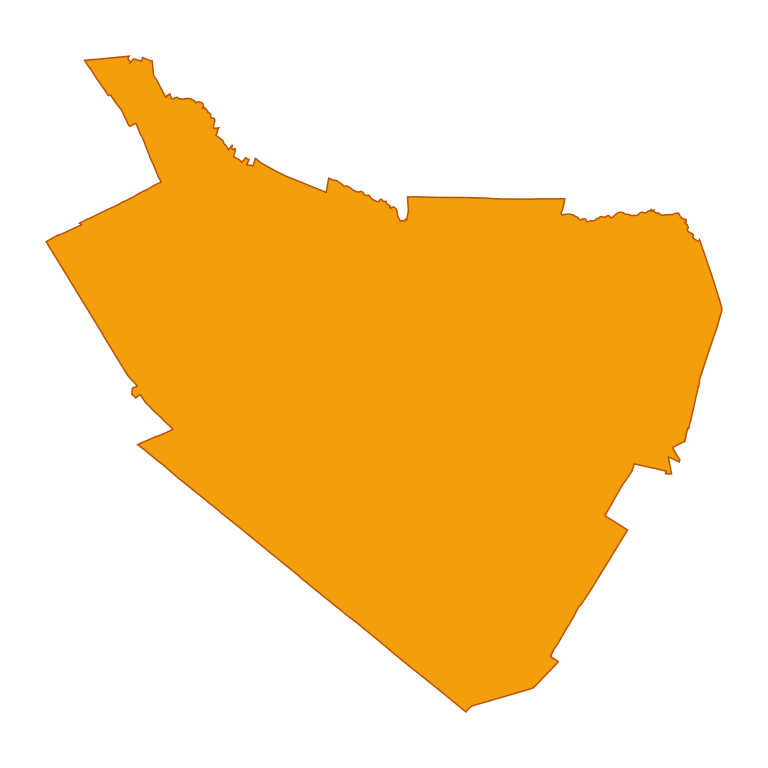 Baicoi, Prahova, Romania
{"feature_id": "2599482B49235084431710", "entity_name": "Baicoi", "entity_type": "district", "adm_level": 2, "iso_a3": "ROU", "parent_name": "Romania", "parent_adm1": "Prahova", "projection": "orthographic", "projection_center": [25.87, 45.034], "detail": "fine", "context": "isolated", "style": "filled", "palette": "amber", "viewbox_px": 768, "rotation_deg": 0, "n_neighbors": 0, "source": "geoboundaries", "source_scale": "gbopen_adm2", "svg_char_len": 6022}
<svg xmlns="http://www.w3.org/2000/svg" viewBox="0 0 768 768"><path d="M466.0,711.9L467.8,709.5L470.1,707.3L472.3,706.0L474.8,705.1L518.5,692.4L530.6,688.8L532.6,688.0L533.7,687.4L535.2,686.1L557.2,663.0L558.3,661.6L550.6,656.6L551.5,654.1L553.4,650.6L553.6,649.9L554.1,649.0L557.7,643.9L567.6,626.8L569.3,624.7L570.9,621.3L573.8,616.5L577.8,608.6L579.0,606.7L580.9,604.7L589.2,592.6L627.6,530.0L606.4,516.7L605.0,515.6L621.2,487.0L632.0,471.1L634.3,463.9L666.2,471.1L665.5,473.7L669.6,474.1L671.6,473.8L668.3,457.2L668.9,457.2L679.4,461.9L679.8,459.7L677.0,455.7L672.6,447.5L682.3,442.5L684.7,441.7L687.6,428.3L688.7,428.6L690.1,421.9L690.4,421.9L697.9,388.7L698.0,387.5L697.9,387.0L698.5,387.2L699.5,383.0L699.5,382.0L699.2,381.1L699.3,380.5L709.5,349.1L716.4,329.3L721.7,310.9L721.9,309.3L721.8,308.0L720.5,303.2L712.7,278.1L699.5,239.5L698.6,240.9L698.1,241.1L696.9,240.6L693.1,238.0L692.8,237.6L692.8,236.9L693.4,235.4L693.1,234.5L692.4,233.8L689.8,232.5L688.5,231.7L687.7,230.9L687.4,230.4L687.1,229.2L688.0,228.2L688.2,227.1L688.1,226.4L687.4,225.8L687.2,224.8L686.9,224.4L685.5,223.6L685.0,223.1L685.0,222.5L685.2,222.3L686.1,222.2L686.2,219.7L682.0,218.3L680.2,216.2L678.7,213.3L678.3,213.1L676.0,213.2L674.9,213.5L672.6,214.6L670.4,214.4L667.3,214.8L665.5,214.7L664.2,215.0L661.8,215.3L660.5,214.6L659.4,213.5L658.0,213.0L655.3,212.7L654.8,212.3L654.5,211.8L654.1,210.2L653.8,210.0L653.1,210.4L652.4,211.4L651.7,211.4L651.7,211.2L651.9,210.2L651.7,209.7L651.3,209.4L651.0,209.5L650.9,210.2L650.5,210.7L648.5,210.8L646.1,212.8L645.1,212.9L642.3,212.2L641.1,212.3L639.5,213.2L637.6,215.0L637.1,215.3L636.0,215.5L633.7,215.3L631.9,215.8L627.9,214.2L625.6,214.3L623.0,212.7L621.9,212.4L619.8,212.1L617.5,213.1L614.9,215.0L612.7,217.2L611.5,217.7L610.6,217.5L609.5,216.2L608.8,215.7L608.3,215.6L606.5,216.1L605.1,217.0L603.9,217.3L603.3,217.3L602.0,216.6L600.7,216.6L599.8,217.1L598.8,218.1L597.1,218.5L596.4,218.9L594.4,220.6L593.5,220.8L590.7,220.7L587.9,221.7L586.9,221.4L586.6,221.1L586.4,220.8L585.9,219.2L585.3,218.9L582.9,218.9L580.8,220.1L580.3,220.0L579.2,219.3L577.4,217.2L574.4,215.8L573.7,215.1L572.6,214.7L570.1,214.2L568.7,214.1L564.9,214.4L561.7,214.9L561.3,214.3L561.3,212.7L562.4,210.0L564.3,202.2L564.8,198.8L537.4,198.8L532.3,199.1L501.6,199.0L493.1,198.7L487.2,198.1L463.9,197.5L437.2,197.4L414.8,196.8L407.6,197.0L407.6,198.8L408.0,203.5L408.3,210.8L408.1,212.7L407.5,215.3L406.8,219.6L406.2,219.6L405.7,219.2L405.3,219.3L405.1,219.7L405.2,220.7L404.8,221.0L401.7,220.7L400.2,221.1L399.8,220.8L399.7,219.5L398.2,217.4L397.8,215.3L397.3,214.0L396.8,210.5L396.4,209.4L395.2,208.1L393.5,206.9L392.6,207.0L390.9,208.2L390.2,208.0L389.9,207.8L390.4,206.7L390.3,206.3L388.8,205.0L387.0,203.9L386.2,202.4L386.2,201.4L383.5,201.4L382.8,200.9L381.9,199.4L381.1,199.2L380.4,199.4L379.0,201.4L377.3,201.6L375.7,201.0L373.6,199.8L372.6,199.6L371.6,198.4L370.5,198.1L370.3,197.9L370.1,196.6L369.8,195.9L369.1,195.3L368.4,195.2L366.8,195.5L365.1,195.1L364.4,194.6L362.4,191.9L362.0,191.6L360.8,191.5L359.3,191.9L357.5,192.0L353.0,190.0L352.2,189.3L349.7,187.4L347.2,186.0L344.6,186.4L339.1,182.1L336.6,180.6L332.7,179.9L328.7,178.1L326.2,192.4L286.4,176.3L278.9,172.7L272.1,169.1L260.5,162.6L256.1,158.8L255.1,158.5L254.6,160.7L253.0,165.6L252.3,165.9L250.3,165.1L247.9,165.1L246.8,164.7L249.1,159.7L245.5,157.7L244.1,159.9L243.2,160.4L241.7,162.2L238.9,159.4L233.6,156.6L234.0,154.5L235.5,150.5L235.3,149.1L235.0,148.6L234.5,148.6L233.4,149.5L232.5,149.4L232.1,149.0L232.0,148.7L231.9,147.5L232.0,146.5L232.3,145.5L232.1,145.4L231.5,146.0L229.7,148.5L228.5,149.9L227.7,148.2L225.8,145.3L224.0,143.7L223.6,142.8L223.4,141.4L222.9,140.7L219.7,138.1L215.9,135.6L217.0,133.3L217.5,130.7L218.9,127.7L218.3,127.7L216.2,128.4L213.9,128.1L213.4,127.9L213.4,127.3L214.0,125.0L214.0,123.8L214.8,121.6L214.8,120.8L214.5,119.0L213.5,118.0L211.3,117.8L210.6,117.6L210.3,117.0L210.7,115.2L210.8,114.6L210.7,114.2L209.4,113.1L207.8,112.3L207.9,111.2L204.6,107.6L204.0,107.4L203.7,107.5L203.0,108.4L202.5,108.3L202.6,107.6L203.2,106.3L203.4,105.1L203.3,104.4L203.0,103.9L202.3,103.1L201.3,102.6L198.6,101.7L196.6,102.3L196.3,102.5L195.6,102.7L195.1,102.2L194.8,101.1L194.4,100.8L190.4,98.7L189.8,98.5L186.1,98.5L182.4,99.3L180.4,98.7L178.4,98.5L177.7,97.5L177.0,97.3L176.3,97.4L172.8,98.8L172.0,98.8L171.3,98.0L171.0,97.3L170.8,96.4L170.2,95.2L170.0,93.9L168.6,94.6L168.0,95.3L166.9,95.5L166.8,96.6L165.7,97.3L162.2,90.7L157.2,80.8L156.6,79.7L154.5,77.1L153.9,75.8L153.5,74.6L152.2,61.0L149.0,60.2L142.7,57.5L141.3,61.1L133.7,58.8L130.2,62.6L130.3,61.8L128.0,59.0L127.9,58.1L129.2,56.1L101.1,58.9L84.6,60.3L84.9,61.1L85.9,62.1L87.1,64.5L90.1,68.5L91.5,70.3L92.0,71.0L92.4,72.1L96.0,77.7L101.3,85.0L102.1,86.4L105.9,91.8L107.8,95.0L108.6,95.6L110.7,95.2L111.7,96.9L116.6,103.8L121.3,109.8L122.3,111.7L124.7,116.8L126.0,119.5L127.5,123.0L128.9,125.6L129.7,126.2L130.4,126.1L135.1,123.7L135.6,123.6L136.3,124.0L138.0,128.5L140.1,133.6L142.1,137.3L143.7,140.8L144.9,143.7L145.6,146.2L148.6,153.5L150.0,157.5L153.6,165.2L157.4,174.4L158.1,176.4L160.2,180.1L161.0,182.1L155.2,184.8L147.7,189.3L143.5,191.1L137.5,194.2L133.0,197.2L131.5,197.7L126.1,200.6L121.2,202.7L119.2,204.0L115.4,206.0L104.0,211.2L90.1,218.1L87.4,219.1L83.8,221.0L80.8,222.4L79.5,223.2L81.4,224.6L81.3,224.9L62.0,233.8L58.3,235.2L58.0,235.0L46.1,241.7L102.8,334.4L104.7,337.9L127.2,374.7L127.9,375.6L130.8,379.0L137.0,385.6L137.1,386.1L136.8,386.5L132.5,388.0L131.7,394.1L135.8,398.0L139.7,394.7L139.7,394.4L139.9,394.3L145.8,402.8L150.2,407.1L151.9,409.2L153.9,411.0L155.5,412.8L157.8,414.6L161.0,417.5L165.2,421.9L169.7,426.0L173.0,429.4L164.7,433.3L158.0,436.0L156.0,436.5L151.2,438.7L140.0,443.4L139.7,443.8L137.6,444.6L146.8,451.7L157.2,460.4L162.6,464.5L174.4,474.8L181.3,480.5L204.4,499.0L209.8,503.6L214.6,507.2L221.8,513.4L244.3,531.4L268.4,551.2L298.6,575.7L301.9,578.8L313.8,588.5L347.7,615.9L358.3,623.9L363.3,628.2L384.4,645.4L391.5,651.6L404.9,662.6L439.3,690.1L462.9,709.5L466.0,711.9Z" fill="#f59e0b" stroke="#b45309" stroke-width="1.5"/></svg>